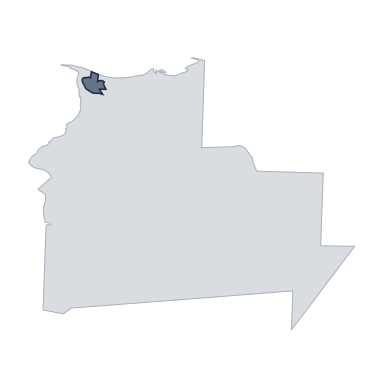 Mederdra, Trarza, Mauritania (highlighted), rotated 92°
{"feature_id": "47542326B59245352565920", "entity_name": "Mederdra", "entity_type": "district", "adm_level": 2, "iso_a3": "MRT", "parent_name": "Mauritania", "parent_adm1": "Trarza", "projection": "natural_earth1", "projection_center": [-15.699, 17.141], "detail": "fine", "context": "in_parent", "style": "filled", "palette": "slate", "viewbox_px": 384, "rotation_deg": 92, "n_neighbors": 0, "source": "geoboundaries", "source_scale": "gbopen_adm2", "svg_char_len": 3815}
<svg xmlns="http://www.w3.org/2000/svg" viewBox="0 0 384 384"><g transform="rotate(92 192 192)"><path d="M164.4,354.7L163.9,354.5L161.5,352.6L160.3,350.4L158.5,348.7L155.9,347.6L154.2,346.3L153.4,344.8L152.4,343.9L151.4,343.4L151.3,342.9L151.6,342.1L151.3,340.8L149.8,337.9L148.4,336.5L147.2,336.7L146.5,336.4L146.1,335.7L145.9,334.8L145.1,333.9L143.6,333.6L142.5,331.4L141.6,327.4L140.5,324.3L139.1,322.0L138.1,321.2L137.3,321.0L137.1,320.7L136.9,320.0L135.8,319.8L134.3,320.5L132.9,320.2L132.3,319.1L131.3,319.0L130.2,319.9L128.8,319.7L127.4,318.3L126.6,316.8L126.5,315.4L124.0,312.6L119.2,308.4L114.0,306.4L108.4,306.7L105.2,306.5L104.5,305.8L103.8,305.8L103.1,306.6L102.4,306.8L101.6,306.4L101.1,306.7L100.9,307.8L99.0,308.3L95.2,308.3L92.1,309.0L89.8,310.3L86.5,310.9L82.3,310.7L79.7,310.2L78.9,309.4L77.6,309.2L76.1,309.7L74.7,311.7L73.4,315.5L72.4,317.7L71.6,318.2L70.7,321.0L70.2,325.7L69.4,327.8L69.5,316.1L70.7,311.7L71.1,307.8L73.7,299.3L76.8,292.3L79.6,283.1L80.7,274.1L80.4,265.4L79.5,257.6L78.1,252.4L76.7,244.9L74.6,241.0L70.9,237.5L70.0,235.5L70.9,234.8L73.2,234.3L74.7,231.6L71.6,232.6L75.1,224.4L76.3,218.8L76.1,215.1L76.8,212.8L74.1,207.9L71.9,201.7L70.8,200.7L69.7,200.2L69.6,201.7L69.0,203.0L67.7,202.2L65.3,197.7L62.1,190.3L61.0,189.6L60.0,190.6L59.4,191.6L58.3,197.7L57.9,195.3L58.4,192.4L59.2,188.9L60.2,184.0L63.0,184.0L68.0,184.0L78.2,183.9L83.2,183.9L93.3,183.9L98.4,183.9L108.5,183.9L113.6,183.9L123.7,183.9L128.8,183.9L138.9,183.9L143.9,183.8L147.3,183.8L147.1,180.4L146.9,177.6L146.7,173.9L146.4,170.2L146.2,166.5L146.0,163.0L145.8,159.5L145.6,156.3L145.4,153.4L145.1,151.7L144.0,148.3L143.8,146.6L144.1,144.9L144.8,143.2L146.7,140.1L149.7,137.8L153.1,135.1L155.7,133.0L157.1,132.5L161.1,131.8L164.4,130.2L167.5,128.7L168.8,127.9L168.9,125.0L168.5,61.5L183.9,61.5L188.0,61.5L216.5,61.5L220.5,61.5L241.2,61.5L241.2,58.5L241.1,54.2L241.0,48.3L240.9,42.4L240.7,32.0L240.7,27.6L244.8,30.5L253.1,36.3L257.2,39.2L265.5,45.0L273.8,50.9L282.1,56.7L286.3,59.6L290.5,62.5L294.6,65.4L298.8,68.3L307.1,74.1L310.6,76.5L316.0,80.4L321.0,84.1L326.1,87.8L318.4,87.8L308.2,87.8L301.2,87.8L294.0,87.8L287.3,87.8L288.0,93.8L288.7,100.3L289.5,106.8L290.2,113.4L291.0,119.9L293.2,139.5L293.9,146.0L294.7,152.5L295.4,159.0L296.2,165.5L297.6,178.6L298.4,185.1L299.1,191.6L299.8,198.2L300.6,204.7L301.3,211.2L302.8,224.2L303.5,230.7L304.2,237.3L305.0,243.8L305.7,250.3L306.4,256.8L307.2,263.3L307.9,269.8L309.3,282.8L310.1,289.4L310.8,295.9L311.5,302.4L312.2,308.7L314.9,312.0L318.3,316.2L317.4,322.0L316.3,329.1L315.2,336.7L305.9,336.7L296.8,336.7L274.1,336.7L269.5,336.7L246.8,336.7L242.2,336.7L233.5,336.7L230.9,336.6L229.9,336.0L229.6,332.0L228.8,332.3L227.9,333.4L227.4,334.7L227.6,336.3L227.5,337.7L224.5,338.3L220.6,339.2L216.5,339.9L212.3,339.7L210.8,339.4L209.3,338.8L206.0,338.3L204.1,338.2L202.1,338.3L199.6,338.7L198.8,339.4L197.0,342.4L195.2,345.8L194.0,345.8L192.7,343.9L189.1,340.3L184.7,335.7L182.7,333.4L181.6,333.1L179.5,334.7L177.8,336.3L175.9,338.6L175.1,340.8L174.4,343.3L174.1,346.3L173.4,349.8L171.9,352.7L170.1,354.8L168.8,355.8L168.3,356.4L164.4,354.7ZM73.2,226.5L71.7,229.1L71.1,228.1L70.9,226.4L72.1,224.0L72.7,222.8L73.8,222.3L73.2,226.5Z" fill="#d9dde1" stroke="#a8b0b8" stroke-width="1"/><path d="M97.6,284.6L92.5,288.1L92.4,281.6L87.1,284.3L85.1,283.5L83.7,285.7L83.9,287.7L84.0,288.5L84.5,289.3L85.0,290.2L77.9,289.7L75.3,296.8L81.4,297.4L80.8,299.3L81.4,301.4L81.4,302.2L81.3,302.9L81.5,303.5L81.8,304.1L82.0,304.9L82.5,305.2L83.1,305.6L83.6,305.8L84.0,305.8L85.2,305.4L85.9,305.1L87.3,304.6L88.0,304.1L88.9,303.5L89.3,303.4L89.6,303.2L90.1,303.0L91.3,302.3L92.2,301.8L92.6,301.4L93.3,300.3L94.1,298.9L94.8,297.9L95.1,297.4L95.6,296.5L96.2,295.3L96.7,294.0L96.7,290.9L96.6,289.9L96.6,289.0L96.5,288.9L97.6,284.6Z" fill="#64748b" stroke="#1e293b" stroke-width="1.5"/></g></svg>